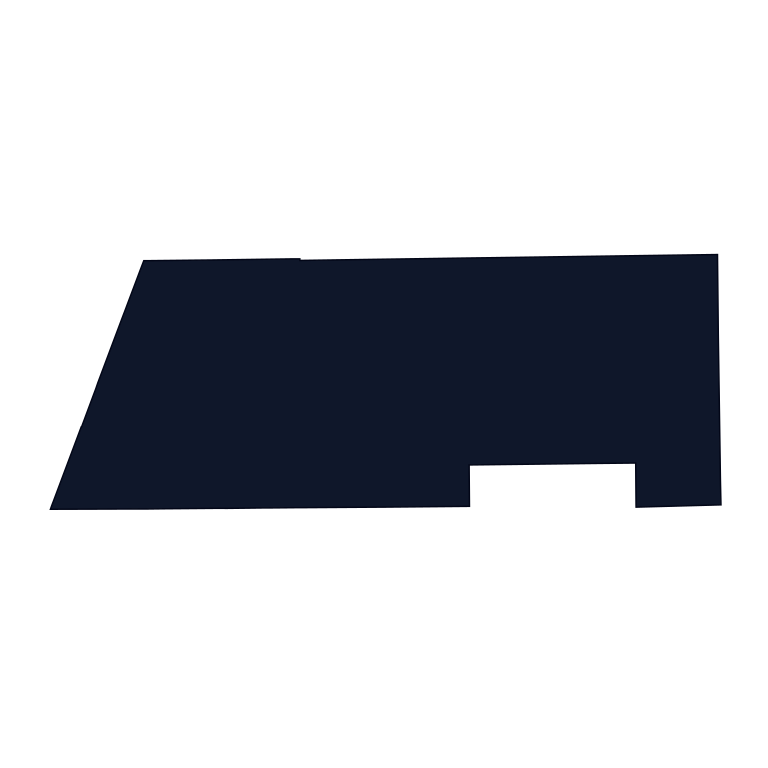 outline of San Lorenzo, Chaco, Argentina, rotated 269°
{"feature_id": "61730980B68692027499582", "entity_name": "San Lorenzo", "entity_type": "district", "adm_level": 2, "iso_a3": "ARG", "parent_name": "Argentina", "parent_adm1": "Chaco", "projection": "orthographic", "projection_center": [-60.378, -27.376], "detail": "fine", "context": "isolated", "style": "filled", "palette": "ink", "viewbox_px": 768, "rotation_deg": 269, "n_neighbors": 0, "source": "geoboundaries", "source_scale": "gbopen_adm2", "svg_char_len": 714}
<svg xmlns="http://www.w3.org/2000/svg" viewBox="0 0 768 768"><g transform="rotate(269 384 384)"><path d="M510.6,302.0L510.7,294.1L511.0,212.5L511.4,152.8L511.5,146.0L505.8,143.7L500.3,141.5L492.7,138.5L469.5,129.3L461.9,126.3L454.7,123.4L390.2,97.9L384.4,95.8L377.3,93.0L353.8,83.8L346.2,80.8L346.3,80.5L272.8,51.5L268.6,49.8L264.6,48.3L263.4,133.5L263.2,141.9L263.1,161.6L262.6,216.8L262.4,224.4L262.2,260.5L262.1,267.5L261.9,292.2L261.8,299.4L260.9,383.5L260.2,467.3L301.6,467.7L300.9,592.9L300.6,634.3L259.4,633.9L256.5,633.9L257.3,718.8L282.4,718.7L426.0,719.1L507.6,719.7L507.9,637.0L508.4,491.6L508.5,469.1L508.8,374.3L509.0,302.0L510.6,302.0Z" fill="#0f172a" stroke="#020617" stroke-width="1.5"/></g></svg>